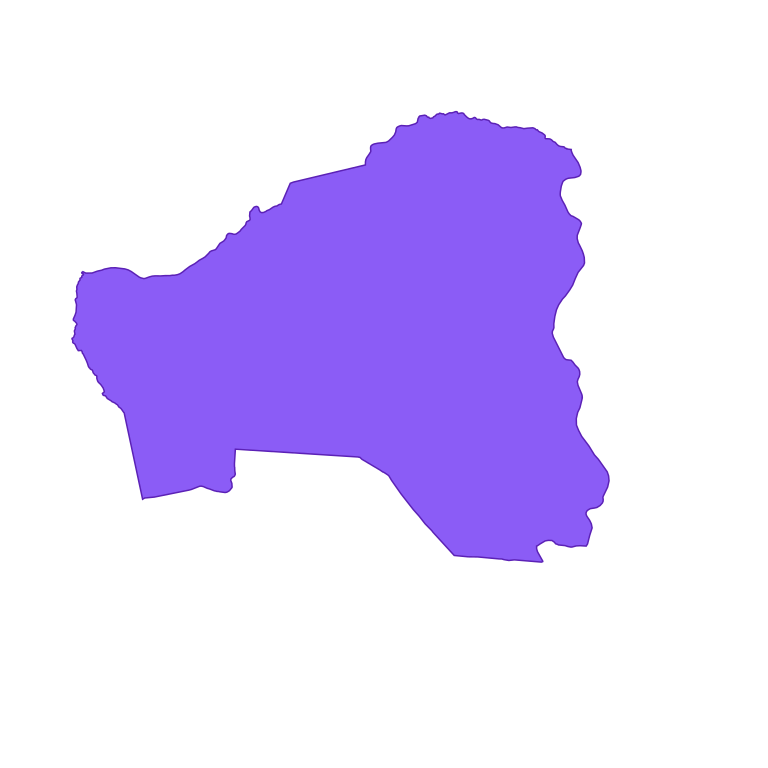 outline of Tambara, Manica, Mozambique, rotated 66°
{"feature_id": "85939544B86118750013731", "entity_name": "Tambara", "entity_type": "district", "adm_level": 2, "iso_a3": "MOZ", "parent_name": "Mozambique", "parent_adm1": "Manica", "projection": "orthographic", "projection_center": [34.041, -16.98], "detail": "fine", "context": "isolated", "style": "filled", "palette": "violet", "viewbox_px": 768, "rotation_deg": 66, "n_neighbors": 0, "source": "geoboundaries", "source_scale": "gbopen_adm2", "svg_char_len": 6158}
<svg xmlns="http://www.w3.org/2000/svg" viewBox="0 0 768 768"><g transform="rotate(66 384 384)"><path d="M614.3,265.2L612.9,263.1L605.9,257.6L600.1,252.4L596.2,251.5L594.2,251.5L592.2,251.6L587.1,252.5L585.4,252.4L584.0,251.9L583.0,250.9L582.3,249.8L581.9,247.6L581.8,246.2L582.9,242.2L583.4,239.7L582.9,236.0L581.5,232.9L580.3,231.6L578.6,230.7L576.7,230.2L575.8,229.5L569.1,221.6L564.0,217.8L559.3,216.2L555.0,215.8L539.9,218.8L534.4,220.6L524.0,222.0L512.3,224.7L505.5,225.1L499.8,224.9L493.8,222.4L488.7,218.6L485.4,214.7L479.1,209.8L477.6,208.7L477.2,208.7L476.9,208.3L475.1,207.7L473.8,207.5L464.1,207.3L460.6,206.5L458.7,205.0L456.7,202.7L454.8,201.2L452.2,200.2L450.0,200.0L448.4,200.2L444.2,201.8L440.8,202.5L438.4,203.4L436.3,207.0L435.4,208.1L433.0,209.1L410.1,210.2L406.2,209.7L404.3,208.7L402.9,207.0L401.7,205.9L398.1,204.4L391.7,200.4L386.3,196.2L382.7,192.2L379.0,186.4L377.3,182.4L373.7,176.2L370.4,171.4L365.6,166.5L361.0,161.3L356.9,153.5L355.0,151.6L349.9,149.6L346.4,149.0L343.0,148.7L336.4,148.9L334.1,149.1L329.8,148.4L326.8,147.0L321.1,141.3L318.5,138.9L317.5,138.3L315.2,138.5L313.3,139.2L307.8,143.1L306.3,144.7L303.9,145.6L301.6,146.0L294.2,146.0L288.7,146.5L283.9,146.4L282.2,145.8L280.3,144.8L275.4,141.6L272.4,138.8L271.6,137.8L270.9,134.8L270.9,133.0L271.1,131.6L273.0,125.7L273.4,121.9L273.3,120.9L272.5,119.2L270.4,117.8L269.2,117.3L265.8,116.7L260.7,116.6L251.9,118.2L248.7,118.2L246.3,117.9L245.9,117.6L243.7,121.3L243.3,121.2L242.4,122.5L240.9,122.9L240.3,123.5L238.8,126.1L238.0,127.0L237.4,127.6L235.6,128.5L232.9,129.3L231.1,130.9L229.2,131.6L227.9,132.5L227.2,133.4L225.7,136.5L225.1,136.8L224.5,136.7L223.2,135.9L222.4,135.8L221.7,136.0L218.9,137.5L216.7,139.6L215.8,140.1L214.2,140.5L213.8,141.5L212.0,142.3L210.5,143.8L208.6,149.0L207.6,152.4L205.3,155.3L204.1,157.3L202.9,158.6L202.3,160.2L201.3,163.7L199.3,167.0L198.9,170.2L198.1,171.9L197.2,172.6L193.6,174.3L191.2,176.8L190.4,178.3L189.2,179.9L188.1,180.5L186.5,180.8L185.5,181.5L182.9,184.8L182.5,186.1L182.6,187.2L182.3,188.0L180.9,189.5L180.5,190.8L179.6,191.7L178.1,192.1L177.5,192.6L177.2,193.2L177.4,194.9L177.2,196.6L176.4,198.1L175.6,198.8L173.8,199.8L170.7,201.0L169.3,201.2L168.6,201.8L168.1,202.5L167.8,203.3L167.2,206.0L166.3,206.6L165.6,206.4L165.0,206.6L164.5,207.3L164.2,208.3L164.2,209.5L163.9,211.7L162.9,213.9L163.1,218.4L162.8,219.0L161.3,219.8L161.0,220.8L159.4,222.7L159.2,223.2L159.6,224.2L159.1,225.6L159.1,226.2L160.0,228.5L160.1,230.1L160.6,230.8L160.7,231.3L160.3,233.4L159.8,234.1L159.2,234.5L158.4,234.6L158.2,235.4L157.6,235.8L156.2,236.2L155.0,237.4L153.7,242.3L154.1,243.4L154.8,243.9L155.1,244.7L158.4,247.1L159.0,249.2L158.2,256.3L157.5,258.2L154.9,263.1L154.6,265.0L154.7,267.2L155.0,268.1L155.9,269.1L158.5,270.8L160.8,273.3L162.1,276.0L163.9,281.0L164.1,283.8L161.5,291.7L160.7,295.4L160.7,297.4L161.0,298.3L161.3,299.2L162.2,299.9L163.9,300.7L165.6,301.2L166.4,301.7L168.1,304.2L170.2,307.7L171.6,309.3L173.5,310.6L176.3,311.9L162.7,384.6L162.5,388.0L177.8,404.5L177.4,406.8L177.8,409.5L177.3,411.3L177.3,413.4L178.1,417.7L178.0,420.6L178.3,421.6L178.3,424.2L178.1,425.0L177.4,426.5L176.2,427.2L174.4,427.3L172.1,426.9L170.9,427.2L170.4,427.6L169.8,428.5L169.6,430.3L169.7,431.1L171.3,433.9L172.3,436.1L172.3,436.5L175.9,438.5L177.2,438.7L179.1,439.3L179.8,440.2L179.9,443.3L180.6,444.3L181.9,445.3L182.7,446.3L184.7,451.5L185.8,453.4L186.6,456.8L186.8,458.3L186.5,459.5L186.0,460.5L184.8,461.8L184.0,463.1L183.4,464.2L183.3,465.3L184.2,467.3L186.3,468.8L187.4,470.6L188.2,472.3L188.8,476.7L192.3,482.3L192.7,483.7L192.2,487.6L192.4,489.3L193.3,491.0L195.1,495.7L195.5,498.4L195.8,502.3L197.1,507.8L197.6,513.7L198.9,519.4L199.7,522.1L200.3,525.5L200.1,528.3L199.4,531.2L198.5,533.2L197.9,535.5L196.0,539.8L194.4,544.2L192.2,548.9L191.2,551.8L190.7,554.9L190.4,559.2L190.0,560.6L188.0,563.1L186.7,564.2L178.5,569.1L175.7,571.3L173.4,574.0L168.6,582.0L166.8,586.2L165.7,591.0L165.3,592.8L165.2,595.6L164.3,600.0L163.9,605.5L161.6,610.9L161.3,611.4L158.9,613.4L159.1,613.9L159.1,614.5L159.4,614.9L160.1,614.9L160.8,614.0L161.5,613.9L162.0,614.3L162.0,615.3L162.6,616.3L163.7,616.8L163.8,618.6L164.2,619.0L165.3,619.3L166.6,621.7L167.9,622.5L168.8,623.8L170.3,625.2L172.7,626.1L174.0,627.2L176.2,627.7L179.9,629.0L180.4,629.6L180.7,630.9L181.1,631.5L181.7,631.9L185.8,632.5L186.8,632.8L193.1,636.1L195.4,638.2L198.3,641.4L199.3,641.8L200.1,641.5L200.8,641.0L203.3,640.2L204.2,640.2L204.9,640.4L205.5,641.7L207.0,643.3L208.0,643.5L209.6,645.3L212.8,646.1L213.3,646.9L214.9,648.3L215.4,649.7L215.4,650.4L215.9,650.7L218.0,650.6L218.9,651.3L219.6,651.4L220.4,651.1L221.0,650.5L222.1,650.1L226.7,650.1L229.2,649.7L230.3,646.8L231.9,646.6L232.8,647.0L234.5,646.6L240.9,646.4L244.3,646.5L247.7,646.9L248.6,646.8L249.5,646.6L249.8,646.3L250.5,646.3L251.4,645.9L252.7,644.8L253.4,644.8L255.4,645.1L257.6,644.5L258.4,644.3L259.4,643.2L260.1,643.2L262.2,644.1L264.8,644.4L266.4,644.2L269.2,643.0L273.3,642.2L276.1,642.4L277.4,642.7L278.1,645.1L279.7,645.2L280.4,644.8L281.6,643.2L284.7,642.7L288.6,640.0L289.5,639.7L291.7,637.7L293.7,636.6L294.6,635.9L297.1,635.6L298.9,634.5L300.1,634.1L303.8,633.4L304.6,633.1L391.1,651.4L390.8,649.0L393.9,639.8L401.6,605.4L402.0,602.8L402.4,594.1L402.9,592.6L404.2,590.8L407.4,587.9L408.8,586.2L412.6,582.4L413.1,581.6L414.2,580.3L414.9,578.9L415.8,577.7L418.5,573.3L418.9,571.7L418.9,570.9L418.6,568.6L416.9,565.2L416.4,564.7L412.9,563.4L409.6,563.2L408.3,562.2L407.6,560.0L407.5,558.5L406.9,557.5L405.8,556.5L402.6,555.6L399.4,554.3L398.7,554.2L395.9,553.0L383.1,546.3L440.0,437.6L441.3,435.8L443.8,434.8L460.9,422.7L464.0,420.8L464.2,420.4L466.1,419.1L468.6,417.5L469.9,416.9L475.1,416.3L491.5,413.1L510.7,408.3L518.9,405.7L528.5,403.3L537.4,400.0L539.5,399.5L569.2,389.6L576.1,377.4L580.0,368.9L590.6,350.0L591.8,347.5L593.2,345.9L596.0,341.7L597.7,336.4L610.7,312.7L610.8,312.2L610.8,311.2L610.4,311.0L599.6,312.0L596.7,311.6L594.1,310.5L594.2,309.7L593.6,306.5L592.9,300.5L593.7,297.4L595.3,294.2L597.8,292.7L599.8,292.2L601.2,290.6L601.9,290.2L605.3,284.3L607.2,282.2L609.0,279.6L609.4,278.6L610.1,274.3L611.5,270.6L614.3,265.2Z" fill="#8b5cf6" stroke="#5b21b6" stroke-width="1.5"/></g></svg>